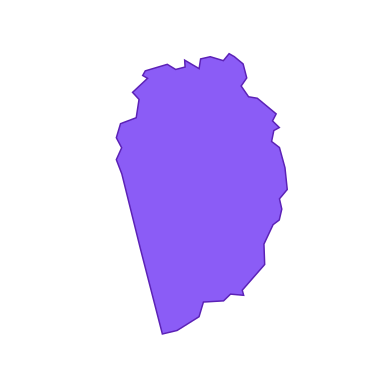 Madison, Virginia, United States of America, rotated 206°
{"feature_id": "52423323B5475439623259", "entity_name": "Madison", "entity_type": "district", "adm_level": 2, "iso_a3": "USA", "parent_name": "United States of America", "parent_adm1": "Virginia", "projection": "equal_earth", "projection_center": [-78.275, 38.429], "detail": "fine", "context": "isolated", "style": "filled", "palette": "violet", "viewbox_px": 384, "rotation_deg": 206, "n_neighbors": 0, "source": "geoboundaries", "source_scale": "gbopen_adm2", "svg_char_len": 765}
<svg xmlns="http://www.w3.org/2000/svg" viewBox="0 0 384 384"><g transform="rotate(206 192 192)"><path d="M156.4,51.4L144.7,61.0L131.0,83.0L133.5,98.1L115.9,108.0L112.6,117.1L100.3,121.8L103.8,125.8L94.9,158.7L104.5,176.7L104.8,198.2L101.3,205.1L103.8,216.0L110.4,224.2L107.5,236.0L119.1,254.6L132.9,270.3L142.6,272.3L145.4,283.1L141.8,288.2L150.8,291.2L150.6,299.1L174.4,304.9L182.9,302.4L194.3,308.8L192.8,318.5L202.2,329.5L213.3,332.2L219.3,332.6L221.4,323.8L234.9,321.6L242.6,315.4L239.7,306.0L256.4,307.3L253.0,301.3L260.4,295.0L270.2,295.9L287.1,280.4L287.4,275.1L281.8,274.7L289.1,255.5L280.2,252.0L274.7,234.3L286.2,222.1L283.8,207.6L274.6,200.9L274.2,187.9L263.0,177.5L213.5,118.4L156.4,51.4Z" fill="#8b5cf6" stroke="#5b21b6" stroke-width="1.5"/></g></svg>